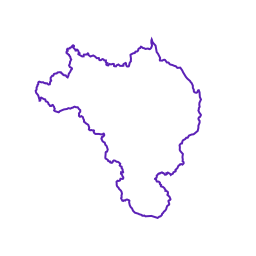 outline of Huanta, Ayacucho, Peru, rotated 344°
{"feature_id": "86281439B1534497598484", "entity_name": "Huanta", "entity_type": "district", "adm_level": 2, "iso_a3": "PER", "parent_name": "Peru", "parent_adm1": "Ayacucho", "projection": "albers", "projection_center": [-74.213, -12.61], "detail": "fine", "context": "isolated", "style": "outline", "palette": "violet", "viewbox_px": 256, "rotation_deg": 344, "n_neighbors": 0, "source": "geoboundaries", "source_scale": "gbopen_adm2", "svg_char_len": 5771}
<svg xmlns="http://www.w3.org/2000/svg" viewBox="0 0 256 256"><g transform="rotate(344 128 128)"><path d="M104.2,187.5L104.1,189.5L103.1,191.2L102.8,192.8L102.0,193.5L102.5,196.3L103.3,196.8L104.0,196.4L104.4,196.4L105.2,197.0L106.5,196.4L107.4,196.5L109.0,197.7L109.3,198.3L108.6,199.7L108.4,202.7L108.8,204.8L109.7,206.4L110.0,208.9L111.3,211.3L114.4,213.3L115.0,214.0L117.0,215.2L117.3,215.5L117.5,216.2L118.4,216.6L119.5,216.6L120.4,217.7L126.3,219.0L131.7,222.6L133.8,221.8L134.9,221.9L136.6,220.9L137.2,219.8L138.4,219.3L139.4,218.3L140.5,217.9L141.7,217.1L142.6,216.2L143.0,215.3L144.3,213.7L146.4,213.0L146.7,212.4L146.7,209.3L147.2,208.9L148.4,208.8L149.1,208.4L149.2,207.8L148.9,205.4L148.3,204.7L148.2,204.0L147.5,203.4L147.6,202.7L148.3,202.2L148.7,200.7L148.3,199.9L147.2,198.9L146.6,198.7L147.0,197.6L146.5,196.7L146.4,195.8L145.2,194.1L143.7,193.3L143.5,192.7L144.1,191.7L143.2,190.7L143.2,190.2L143.6,189.5L143.4,188.9L142.7,188.0L141.1,187.5L140.8,186.7L140.8,185.4L139.9,184.4L140.0,184.2L141.8,183.6L142.3,182.6L142.5,181.6L143.5,181.2L144.3,180.5L145.4,180.2L145.9,180.6L146.7,180.1L147.5,180.2L148.4,180.0L149.0,180.9L149.7,181.1L150.7,183.1L151.1,183.0L151.6,183.3L152.6,183.0L152.6,182.0L153.2,182.1L154.0,181.8L155.9,183.8L156.2,184.9L156.8,184.6L158.5,184.3L159.5,183.1L161.7,182.8L162.1,182.4L161.9,181.8L162.1,181.3L164.4,180.2L165.8,178.5L166.3,178.0L167.5,177.9L167.9,177.3L169.2,177.3L170.2,178.2L171.2,177.7L171.8,177.2L172.0,176.1L171.3,175.0L172.0,173.3L172.3,171.0L173.6,168.1L172.0,164.8L171.7,163.3L172.6,160.6L172.8,158.8L173.7,158.0L174.9,157.5L175.6,157.7L176.7,155.7L177.4,155.0L180.0,154.4L181.3,153.4L182.7,153.8L184.5,152.1L187.4,151.8L189.1,152.1L189.9,151.9L194.2,150.0L195.7,147.3L196.3,145.2L198.3,142.6L198.8,140.9L198.2,139.4L198.3,138.4L199.0,137.4L200.4,137.1L201.7,135.6L201.4,134.4L200.8,133.0L200.5,130.6L201.1,129.8L201.6,128.4L202.7,127.4L202.9,125.4L203.6,123.5L206.0,120.7L205.6,118.0L206.6,113.4L206.4,111.2L205.7,111.2L204.5,112.7L203.6,113.0L202.4,112.5L201.5,111.5L201.4,110.5L201.8,109.5L201.4,107.3L202.0,105.1L201.5,102.2L200.9,101.2L200.6,99.9L198.6,96.8L197.7,94.7L196.3,89.6L196.0,87.6L194.9,84.4L192.0,83.8L190.9,81.7L190.0,81.3L187.9,79.6L186.1,78.6L185.4,77.6L185.2,76.6L184.9,76.2L183.4,75.7L182.4,72.9L182.0,72.5L180.8,72.3L179.5,72.7L177.3,71.9L177.3,71.3L178.2,69.5L177.3,64.9L176.5,62.9L177.2,56.4L175.9,53.8L175.1,51.5L175.3,50.2L175.2,49.4L174.6,50.3L173.9,52.7L173.9,54.9L173.7,55.6L172.3,57.4L171.1,58.1L170.2,58.1L169.1,57.1L166.5,56.8L165.7,55.9L164.4,55.2L163.2,53.6L162.8,53.4L161.7,54.5L160.7,54.5L159.6,55.1L159.1,56.3L158.7,56.6L157.6,57.0L156.7,56.7L156.2,56.7L155.1,57.8L153.7,57.6L150.7,58.2L150.5,58.4L149.9,62.5L149.4,63.4L149.3,64.5L147.6,65.8L146.1,68.5L145.7,68.9L144.9,68.9L144.0,68.5L143.7,67.8L143.6,66.4L143.9,65.3L143.6,64.8L141.4,65.3L140.8,66.0L140.8,66.8L140.2,66.9L137.5,66.1L136.3,64.3L134.3,64.6L133.5,65.4L132.4,65.1L131.7,64.6L132.0,62.6L131.3,62.2L129.2,62.2L127.7,61.3L127.3,61.4L126.4,62.4L125.3,62.0L124.6,61.1L124.8,60.6L125.9,59.8L124.8,58.8L125.4,57.0L123.9,56.6L123.3,55.3L122.4,54.7L120.6,55.3L119.7,55.1L119.2,54.6L119.2,52.7L117.2,52.3L116.1,50.3L114.6,48.7L111.6,48.9L110.0,46.7L110.3,45.6L110.0,45.2L108.8,45.8L108.2,45.9L105.8,45.3L105.5,45.7L105.1,46.9L103.7,46.6L100.6,43.4L100.8,43.0L102.0,42.6L101.4,41.6L101.5,40.7L101.2,39.4L100.6,38.6L99.5,39.3L98.9,39.1L98.9,38.1L97.4,35.3L98.6,34.6L98.7,34.1L98.1,33.4L97.6,33.4L95.1,35.0L94.3,34.9L93.8,35.5L91.7,35.1L91.1,35.6L91.5,36.5L91.3,37.2L90.6,37.0L90.0,37.7L89.6,38.7L90.0,39.0L90.0,39.6L90.5,40.0L90.9,40.9L91.5,41.4L91.4,42.1L92.1,43.4L92.0,45.4L92.3,46.5L90.4,48.6L90.3,49.2L89.8,50.2L88.6,51.5L88.9,53.3L90.4,54.8L90.5,55.6L90.1,56.1L89.2,56.5L88.0,58.0L86.0,59.6L85.2,61.2L83.9,62.7L83.2,61.9L82.6,60.2L81.2,59.8L80.6,59.3L80.6,58.8L79.9,58.4L79.7,57.4L79.0,56.9L78.9,56.0L78.0,55.6L75.6,55.2L74.5,55.9L72.7,55.6L71.7,55.7L70.6,57.1L69.5,56.9L67.5,58.4L66.9,60.4L67.2,60.6L67.2,61.4L65.8,62.3L64.9,64.4L63.5,64.3L62.4,62.6L61.4,62.6L61.0,62.1L60.0,61.8L59.0,60.6L57.4,60.3L55.5,59.0L54.8,59.1L54.2,59.7L53.8,61.2L52.7,61.8L52.5,62.7L51.3,63.8L50.7,65.9L49.5,66.8L49.4,68.8L50.6,71.6L50.7,72.6L50.7,76.7L50.5,77.4L50.9,77.5L51.4,77.1L52.3,75.0L52.9,74.8L55.3,77.2L56.1,77.5L56.3,77.8L56.3,79.7L57.5,80.5L58.2,81.6L58.2,83.2L59.0,84.4L59.1,85.3L60.2,85.7L61.7,85.0L62.1,85.2L62.4,86.6L62.7,87.1L62.7,88.6L62.9,89.3L61.8,90.8L62.6,91.8L65.7,93.8L66.1,93.7L66.8,93.1L69.8,92.7L71.6,92.5L74.6,92.9L76.1,92.5L78.1,93.5L79.4,93.1L80.5,93.3L81.3,92.9L82.6,92.8L83.7,93.7L85.4,94.2L86.1,96.3L87.0,97.6L86.6,99.2L84.9,100.4L84.7,101.5L84.2,102.8L84.8,103.9L85.3,104.0L86.4,103.7L87.6,105.1L87.6,106.9L87.9,108.3L87.4,109.8L87.9,110.6L88.5,111.0L88.7,111.8L90.2,113.4L90.7,114.1L90.8,117.1L90.0,118.4L90.1,118.8L91.0,119.8L92.1,119.8L93.2,120.5L94.4,120.8L94.6,121.2L94.0,122.3L94.0,123.2L95.0,124.7L98.4,125.7L100.2,126.6L101.9,127.1L102.8,126.6L103.2,126.8L103.3,127.8L103.1,128.5L101.9,129.4L100.7,129.3L100.2,129.7L100.2,130.3L99.5,130.9L99.5,131.4L99.9,133.7L100.6,134.7L101.6,135.6L101.6,137.9L102.3,139.0L102.5,139.7L102.6,143.1L101.4,144.9L100.3,144.9L99.8,145.3L99.3,146.9L98.1,150.0L98.0,151.1L99.8,153.1L99.9,154.4L101.7,155.3L101.8,155.8L101.5,156.2L102.4,156.9L103.2,157.0L104.0,156.4L104.7,155.5L105.5,155.3L106.6,155.9L107.7,157.3L109.0,157.8L109.5,158.3L110.7,160.2L109.7,161.7L110.3,162.7L111.2,163.4L111.2,163.9L110.8,164.7L111.4,166.3L111.1,167.3L111.2,169.1L110.7,169.4L109.2,168.6L108.6,170.0L109.4,171.5L109.4,172.8L109.9,174.1L109.4,175.3L108.9,175.5L106.8,174.7L106.4,175.1L106.0,176.0L105.5,176.3L104.3,176.3L103.4,175.8L102.1,176.6L101.8,178.4L101.4,179.6L101.5,181.2L102.5,182.9L102.5,183.8L103.9,186.2L104.2,187.5Z" fill="none" stroke="#5b21b6" stroke-width="2"/></g></svg>